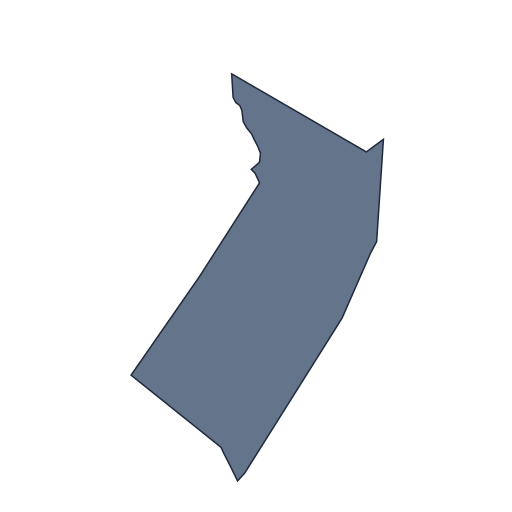 Parazinho, Rio Grande do Norte, Brazil (Mercator projection), rotated 135°
{"feature_id": "56859067B43520883342658", "entity_name": "Parazinho", "entity_type": "district", "adm_level": 2, "iso_a3": "BRA", "parent_name": "Brazil", "parent_adm1": "Rio Grande do Norte", "projection": "mercator", "projection_center": [-35.954, -5.303], "detail": "fine", "context": "isolated", "style": "filled", "palette": "slate", "viewbox_px": 512, "rotation_deg": 135, "n_neighbors": 0, "source": "geoboundaries", "source_scale": "gbopen_adm2", "svg_char_len": 553}
<svg xmlns="http://www.w3.org/2000/svg" viewBox="0 0 512 512"><g transform="rotate(135 256 256)"><path d="M83.4,248.4L104.4,251.6L144.4,402.0L160.0,384.4L161.8,378.7L161.0,374.0L163.0,369.0L170.0,360.1L172.0,353.1L172.8,345.4L174.7,340.4L176.1,335.7L177.8,330.8L180.2,325.5L187.3,319.8L198.1,320.6L198.2,314.9L201.8,305.2L310.3,281.5L361.6,272.2L428.6,260.1L416.0,145.5L418.4,139.0L420.1,133.6L423.4,123.6L428.1,110.0L417.4,110.5L300.4,137.2L239.1,151.2L173.1,177.0L160.5,180.9L83.4,248.4Z" fill="#64748b" stroke="#1e293b" stroke-width="1.5"/></g></svg>